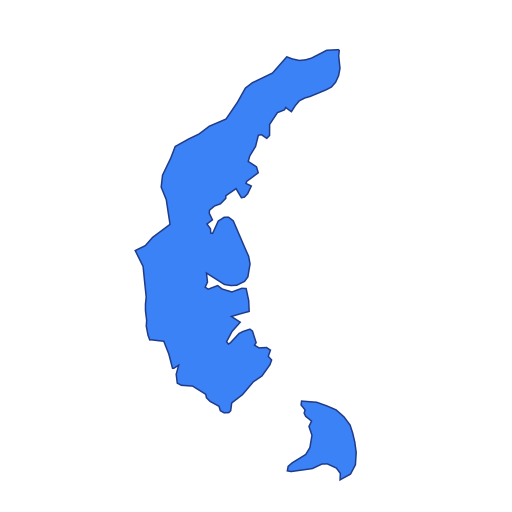 Nampo City, P'yŏngan-namdo, North Korea (Mercator projection), rotated 276°
{"feature_id": "82179303B45638248322590", "entity_name": "Nampo City", "entity_type": "district", "adm_level": 2, "iso_a3": "PRK", "parent_name": "North Korea", "parent_adm1": "P'yŏngan-namdo", "projection": "mercator", "projection_center": [125.376, 38.709], "detail": "fine", "context": "isolated", "style": "filled", "palette": "blue", "viewbox_px": 512, "rotation_deg": 276, "n_neighbors": 0, "source": "geoboundaries", "source_scale": "gbopen_adm2", "svg_char_len": 2317}
<svg xmlns="http://www.w3.org/2000/svg" viewBox="0 0 512 512"><g transform="rotate(276 256 256)"><path d="M457.3,265.8L439.7,253.3L427.9,234.2L421.9,227.9L407.0,221.5L389.1,211.9L380.2,196.0L371.3,186.5L365.4,176.9L356.5,164.2L344.5,161.0L326.6,154.6L314.6,154.5L302.6,160.9L290.6,164.0L278.5,167.2L263.7,151.2L254.7,144.8L248.8,135.3L233.8,144.8L218.8,147.9L203.7,151.1L196.6,151.1L190.0,151.8L180.5,154.0L174.8,154.2L165.9,156.9L161.4,159.1L161.7,160.5L161.6,167.5L161.6,173.2L149.5,179.5L135.6,184.7L135.7,185.9L136.3,186.7L139.3,190.5L130.0,189.0L121.3,191.0L119.6,195.3L120.0,206.5L113.2,220.5L109.9,221.5L106.6,225.5L102.7,234.9L98.4,236.7L96.7,240.7L97.4,245.3L99.5,247.0L107.3,247.2L116.8,257.1L130.6,266.5L137.4,274.5L149.3,281.2L154.2,282.4L157.5,278.7L163.9,280.2L166.1,276.0L164.9,268.6L167.2,263.8L169.8,265.2L181.0,260.3L182.6,257.6L179.5,250.8L177.2,247.3L166.9,239.5L165.5,237.8L167.7,235.7L178.4,240.0L188.5,247.2L190.4,243.5L193.3,237.8L196.6,245.8L200.2,255.0L210.9,253.4L222.6,249.6L222.4,245.3L217.7,235.7L219.6,225.8L222.6,221.0L218.0,211.9L219.7,208.7L225.0,210.5L233.9,208.5L224.4,227.5L224.0,234.2L224.9,239.9L229.6,247.3L234.4,250.1L247.5,250.9L254.9,248.7L262.9,244.1L288.6,229.7L291.7,224.6L291.2,220.3L286.8,214.8L274.0,210.5L274.0,208.6L278.3,207.9L280.8,205.6L282.7,203.9L287.4,208.9L293.7,205.0L296.7,205.0L301.4,209.5L304.2,215.2L310.1,219.9L312.8,219.7L320.9,229.1L312.4,235.4L313.4,238.4L317.1,241.2L325.1,244.0L327.1,238.4L329.3,239.0L339.0,249.5L344.7,247.2L349.2,238.4L354.8,239.3L364.9,244.1L375.5,245.6L376.4,245.8L377.2,248.8L374.1,254.4L377.3,256.9L388.3,255.8L400.8,262.3L403.8,268.0L404.4,269.1L406.8,270.0L403.2,276.1L409.8,279.4L414.9,282.9L418.2,287.9L420.3,293.1L428.7,308.5L432.0,313.4L437.1,317.0L444.0,319.3L451.4,319.9L463.7,317.3L469.1,317.3L469.8,316.4L468.0,304.8L458.6,290.5L456.3,284.9L455.0,278.7L455.8,271.5L457.3,265.8ZM42.2,363.0L49.0,372.8L58.8,376.7L71.0,376.2L81.2,373.7L89.9,370.7L97.6,367.3L105.2,360.3L111.3,351.8L114.4,341.9L116.9,331.5L116.7,325.5L116.5,316.5L112.6,316.4L108.0,320.9L104.8,320.3L101.8,322.1L97.6,328.5L92.0,326.5L84.4,330.0L83.6,330.4L71.0,329.6L63.8,326.2L54.1,313.6L50.2,310.0L45.6,309.6L45.3,313.4L50.5,334.3L56.0,343.3L56.7,348.7L53.5,358.1L48.6,362.6L42.2,363.0Z" fill="#3b82f6" stroke="#1e3a8a" stroke-width="1.5"/></g></svg>